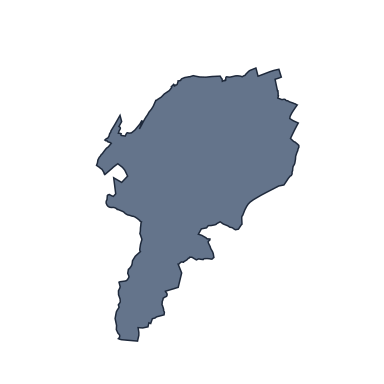 Bucerdea Granoasa, Alba, Romania (Mercator projection), rotated 151°
{"feature_id": "2599482B1609135605728", "entity_name": "Bucerdea Granoasa", "entity_type": "district", "adm_level": 2, "iso_a3": "ROU", "parent_name": "Romania", "parent_adm1": "Alba", "projection": "mercator", "projection_center": [23.858, 46.215], "detail": "fine", "context": "isolated", "style": "filled", "palette": "slate", "viewbox_px": 384, "rotation_deg": 151, "n_neighbors": 0, "source": "geoboundaries", "source_scale": "gbopen_adm2", "svg_char_len": 5242}
<svg xmlns="http://www.w3.org/2000/svg" viewBox="0 0 384 384"><g transform="rotate(151 192 192)"><path d="M217.8,293.9L226.8,288.4L233.3,284.7L233.7,284.2L234.0,283.8L235.7,283.0L237.6,281.0L239.8,279.9L240.9,280.2L243.0,279.7L242.6,278.7L241.4,277.8L241.4,276.9L239.9,275.2L239.5,274.9L239.0,273.7L243.4,272.0L245.3,271.8L246.8,271.3L251.1,269.4L251.6,269.0L253.1,268.8L255.0,267.7L256.3,267.3L258.7,265.7L260.7,263.2L262.6,261.6L261.1,258.6L260.5,256.9L259.7,255.4L259.6,250.6L260.0,250.5L259.8,249.5L250.6,251.4L248.7,251.9L246.0,252.3L243.2,252.7L241.0,247.6L240.8,246.8L240.6,246.0L240.2,243.6L240.6,237.1L248.9,234.5L253.6,242.4L259.6,227.4L263.0,226.3L264.4,228.1L265.5,229.9L266.9,230.2L267.8,229.9L270.0,226.6L271.4,225.6L272.0,224.8L272.5,223.8L272.7,221.9L272.5,220.5L272.0,219.4L271.2,218.4L269.8,217.4L268.3,216.7L267.4,215.9L266.6,215.0L266.2,214.1L266.0,213.4L265.9,213.5L261.5,207.9L260.9,205.9L260.4,204.8L259.4,203.2L257.7,201.7L256.0,199.8L255.1,199.2L254.5,198.5L253.9,197.7L252.8,195.6L251.5,192.4L251.6,191.9L251.3,191.2L250.7,190.3L251.0,190.1L251.7,189.5L253.2,187.3L254.4,185.7L256.1,182.9L257.8,180.8L257.9,179.1L258.0,179.0L258.6,175.6L259.0,174.5L260.0,173.6L260.9,172.7L262.4,171.2L265.3,167.4L265.8,166.6L266.1,165.6L266.0,164.9L270.0,164.0L272.8,163.3L277.4,160.7L278.6,159.0L279.4,158.0L280.2,157.2L281.5,156.4L282.7,155.9L283.5,155.5L285.1,155.2L287.2,152.6L287.7,151.9L287.9,149.7L288.1,148.7L288.8,147.8L291.1,146.6L292.5,146.3L293.8,146.6L298.4,148.4L299.6,148.5L300.7,144.1L301.7,143.0L304.2,141.3L306.1,137.7L306.2,136.9L306.8,133.2L308.0,130.7L308.6,130.2L309.7,129.7L311.2,129.0L311.3,128.0L311.7,126.5L314.7,124.9L316.2,123.9L317.4,122.5L320.6,118.6L322.7,111.8L324.9,108.3L325.2,104.3L324.8,102.9L324.7,101.8L325.4,100.5L326.1,99.9L326.9,99.6L327.5,99.4L326.6,98.3L326.0,97.7L325.4,97.1L319.8,93.3L311.9,88.0L311.0,89.1L308.0,92.4L306.6,94.9L304.9,99.5L301.0,97.0L295.9,95.4L293.1,98.5L291.9,97.0L288.1,100.4L285.3,99.7L283.6,100.0L276.0,98.1L274.5,100.1L274.4,100.4L274.3,102.3L273.8,102.9L273.4,104.3L273.1,106.0L272.9,106.9L272.9,108.0L271.8,109.5L271.3,110.5L269.6,111.9L268.7,113.1L266.6,113.2L264.9,113.1L264.2,113.5L263.5,114.3L263.1,115.6L263.5,117.4L263.4,118.1L250.3,115.3L240.3,126.2L239.1,135.6L238.5,135.3L236.7,135.8L235.2,136.0L233.6,134.8L233.5,135.1L232.0,135.0L229.6,135.1L228.4,135.4L227.5,135.8L226.4,135.6L225.7,136.1L223.7,135.0L221.1,130.5L218.6,130.3L216.5,128.5L215.7,128.2L215.2,127.5L213.7,127.8L210.8,126.3L208.9,125.0L207.8,124.0L207.2,123.7L206.8,123.6L205.1,124.1L204.6,124.1L203.3,127.8L203.0,129.6L203.0,133.6L202.6,135.5L202.4,139.6L201.8,140.9L199.6,141.4L199.1,142.2L201.5,143.7L201.9,145.1L204.5,149.4L206.9,152.0L201.7,155.2L196.7,153.6L194.0,154.7L191.6,153.4L187.9,152.2L186.6,152.0L186.0,152.3L181.8,152.3L180.2,148.9L177.1,145.1L176.0,142.9L174.0,141.2L173.3,139.5L172.3,137.9L169.4,137.0L164.8,139.4L163.9,139.6L161.0,145.4L160.2,146.5L159.0,147.0L154.5,150.7L151.2,152.9L148.7,154.2L146.0,155.0L141.8,155.5L133.2,155.7L127.6,155.6L113.2,155.2L108.2,153.6L105.2,155.1L101.0,157.3L100.0,157.7L99.2,158.0L98.5,158.3L97.1,158.3L95.7,159.3L94.9,160.8L93.6,162.0L92.3,164.0L91.1,165.4L89.1,166.5L88.0,167.5L85.6,170.5L84.1,172.9L82.6,174.3L81.2,175.6L79.5,176.9L78.4,178.2L76.7,179.5L76.4,180.2L76.0,181.0L76.6,183.0L77.0,184.0L77.7,185.8L78.2,186.3L78.6,186.9L79.1,188.5L79.9,191.1L76.1,193.8L72.4,196.4L68.0,199.3L65.6,200.8L69.0,205.4L70.9,208.9L69.4,210.7L66.1,212.9L63.1,214.5L59.3,216.4L57.8,217.1L58.0,217.3L58.5,218.2L59.1,219.2L59.8,219.8L60.0,220.2L60.3,220.6L63.2,223.8L63.6,224.7L64.3,225.6L65.2,226.2L65.5,226.8L65.6,227.6L66.1,228.2L66.8,228.6L68.1,229.0L69.1,229.7L69.8,230.7L70.4,231.3L71.4,232.6L69.7,234.3L69.9,234.7L69.0,236.2L67.8,238.8L68.2,239.0L66.1,245.8L64.7,250.3L61.1,249.6L58.2,249.2L56.5,257.2L61.3,258.6L65.2,259.4L77.1,261.1L78.1,261.3L76.8,266.2L76.1,269.0L76.0,269.5L79.7,269.9L81.8,270.2L82.2,270.2L83.3,270.2L85.3,269.7L85.8,269.5L86.7,269.3L86.9,269.2L87.3,269.1L87.7,269.0L88.2,268.7L88.4,268.6L88.6,268.5L89.2,268.3L89.8,268.5L91.0,268.5L92.3,268.5L93.2,269.6L93.8,270.1L95.7,271.5L97.7,272.5L99.5,273.0L102.6,273.9L103.6,274.3L105.9,276.0L106.4,276.0L106.9,275.7L108.5,273.3L109.2,273.4L109.1,273.9L111.8,274.1L110.9,276.2L111.3,278.4L111.1,279.2L111.2,279.7L118.5,283.3L124.2,285.7L129.4,288.8L133.6,292.3L134.1,292.9L134.8,293.2L135.6,293.4L136.3,293.5L137.1,293.7L137.8,293.7L138.0,293.8L138.4,294.1L139.5,294.5L140.8,294.9L141.9,295.3L142.7,295.6L144.3,295.8L146.0,296.0L146.7,295.8L147.3,295.6L147.6,295.2L147.9,295.1L148.4,295.2L150.4,295.9L150.6,295.4L152.7,293.4L153.7,293.1L155.0,293.8L155.7,293.1L156.1,293.3L155.9,295.0L159.1,294.1L159.2,293.2L162.7,291.7L168.7,291.2L172.8,289.9L177.7,289.6L179.4,289.3L179.5,289.5L179.6,289.4L184.3,285.8L186.8,284.4L187.6,284.0L190.7,282.8L193.6,281.0L195.7,280.0L197.8,278.8L200.4,277.2L203.5,275.1L207.5,272.6L203.6,275.7L201.1,278.1L201.6,278.6L204.4,276.8L211.8,273.9L212.7,273.7L216.3,273.1L218.4,273.9L219.7,275.1L220.1,275.2L220.7,275.1L222.2,274.1L223.3,273.3L226.5,275.8L226.4,276.6L225.7,277.3L226.3,278.0L227.9,279.1L226.2,280.7L224.0,282.1L223.6,282.9L223.7,284.0L224.2,284.7L219.4,287.7L217.8,293.9Z" fill="#64748b" stroke="#1e293b" stroke-width="1.5"/></g></svg>